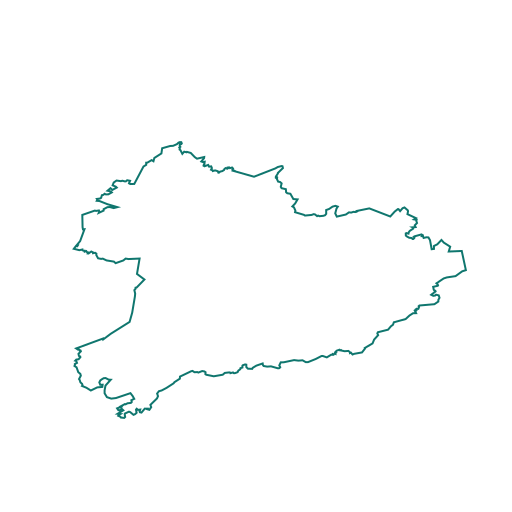 Aronas pag., Madona, Latvia (Equal Earth projection), rotated 167°
{"feature_id": "27541924B19624181266417", "entity_name": "Aronas pag.", "entity_type": "district", "adm_level": 2, "iso_a3": "LVA", "parent_name": "Latvia", "parent_adm1": "Madona", "projection": "equal_earth", "projection_center": [26.1, 56.896], "detail": "fine", "context": "isolated", "style": "outline", "palette": "teal", "viewbox_px": 512, "rotation_deg": 167, "n_neighbors": 0, "source": "geoboundaries", "source_scale": "gbopen_adm2", "svg_char_len": 6107}
<svg xmlns="http://www.w3.org/2000/svg" viewBox="0 0 512 512"><g transform="rotate(167 256 256)"><path d="M452.0,206.4L450.5,204.8L449.8,205.1L448.9,204.0L449.0,203.6L448.2,203.3L448.1,202.5L451.0,200.6L451.0,198.5L450.4,197.5L449.9,197.5L449.9,196.9L452.1,195.3L454.4,195.5L455.6,194.7L454.8,194.3L454.5,192.1L456.8,191.5L456.9,190.7L457.6,189.7L455.9,187.9L455.3,182.8L453.7,180.7L453.6,178.8L456.1,175.9L455.7,174.9L455.5,172.4L454.2,170.5L454.1,169.0L454.7,168.5L450.9,165.8L447.2,162.1L440.2,163.7L435.2,163.0L434.4,165.1L436.7,165.5L437.1,168.1L435.7,169.8L433.8,170.6L431.9,171.2L430.0,170.9L427.4,168.7L425.4,168.1L431.8,163.6L433.7,159.3L434.4,156.3L433.0,152.0L429.1,149.6L424.4,149.1L409.2,150.6L407.6,147.1L406.8,144.2L409.9,143.5L409.9,141.7L411.0,141.0L414.3,141.4L416.5,140.8L417.1,141.2L421.8,139.9L421.3,139.4L425.6,138.8L424.8,136.7L423.9,136.3L421.2,137.3L420.0,135.5L426.3,133.4L423.7,132.5L425.5,132.0L426.2,131.3L424.3,129.9L424.0,129.0L420.8,127.9L419.7,128.6L419.6,131.0L419.1,132.0L414.8,132.9L413.7,132.2L411.1,128.8L409.4,129.1L407.6,130.1L407.5,133.3L406.6,134.0L405.6,132.6L403.4,132.4L404.4,130.8L404.3,129.9L402.8,129.2L398.7,132.3L395.9,131.6L396.3,131.1L394.5,130.1L392.1,132.3L392.4,134.7L384.5,139.5L383.0,141.5L383.3,144.2L381.0,146.1L378.2,146.2L372.9,147.6L364.9,150.5L363.9,151.4L357.8,153.6L357.2,155.6L345.1,158.3L343.7,158.3L342.1,156.6L339.3,156.1L338.4,155.4L334.3,156.0L332.2,155.1L331.3,154.1L331.9,152.3L331.2,151.5L324.2,148.3L315.1,147.8L312.7,149.1L308.2,148.6L307.4,148.2L307.3,147.6L304.6,147.7L304.1,146.9L303.1,146.6L301.0,146.8L300.0,147.0L299.0,148.3L296.8,149.2L296.4,150.2L294.3,150.4L293.9,152.2L293.5,152.5L291.0,152.8L289.9,152.3L290.4,149.9L289.2,148.0L285.1,146.9L284.3,147.8L280.3,149.1L273.7,149.8L273.8,148.2L273.3,147.1L270.0,145.7L266.2,145.1L259.8,141.6L258.4,141.5L257.4,142.2L257.9,144.2L255.8,146.8L252.9,146.2L242.3,146.0L238.2,144.5L234.1,143.9L231.4,141.4L229.2,140.9L221.0,142.2L214.7,143.8L213.5,143.6L209.8,141.3L204.9,142.9L203.9,142.6L203.4,143.2L202.6,142.4L201.5,143.3L200.7,142.8L200.7,143.4L200.1,143.7L200.7,144.1L200.3,144.6L198.6,145.6L195.7,145.9L195.3,145.1L194.3,145.2L194.1,144.7L191.1,143.3L187.3,142.7L185.9,140.8L186.1,140.3L185.2,140.4L184.1,138.3L182.4,138.6L174.4,138.2L170.6,141.3L170.7,141.9L162.1,144.6L159.7,148.0L154.8,151.4L155.2,153.3L154.4,154.3L143.9,154.5L140.3,157.2L138.0,158.2L136.6,160.4L124.4,160.9L119.8,163.5L115.9,164.9L112.9,164.3L113.6,167.2L112.9,167.4L112.8,166.7L112.1,166.8L111.8,167.1L112.2,168.1L111.2,168.5L109.7,168.0L108.6,169.6L108.8,170.5L107.9,171.0L93.0,168.9L88.6,170.6L88.2,172.2L86.6,174.0L86.8,176.5L89.3,177.8L90.3,177.2L92.2,177.3L94.0,178.8L89.0,181.1L89.1,181.8L90.1,182.5L90.4,183.3L90.3,186.1L85.6,186.1L85.2,186.5L85.5,187.6L86.3,188.8L78.2,191.9L74.9,192.2L66.1,191.5L58.5,194.7L54.7,195.0L54.4,214.6L67.2,217.0L64.7,221.4L70.0,226.8L71.7,229.9L76.7,226.6L80.4,225.7L81.0,222.9L83.3,223.1L82.9,232.3L83.8,235.3L85.7,235.9L88.6,235.9L88.8,237.7L89.8,238.0L88.9,238.8L89.9,239.8L97.3,239.5L97.7,239.3L97.2,239.0L97.7,237.9L98.9,237.2L99.5,237.3L100.5,238.6L102.6,239.3L104.7,241.2L105.4,242.2L105.0,244.3L104.3,244.5L102.4,243.5L101.8,244.8L100.5,245.9L96.7,247.3L96.3,248.2L96.9,248.7L94.0,248.3L94.4,250.2L91.7,251.9L91.9,254.1L91.4,255.1L93.7,256.1L91.6,256.9L99.0,262.7L97.8,265.4L97.8,266.3L100.4,269.9L102.4,269.6L105.5,267.3L106.6,269.6L107.2,269.8L110.8,268.1L116.3,264.3L134.9,276.9L146.8,277.2L146.6,277.0L148.1,276.5L149.5,276.5L151.0,277.1L153.5,276.9L155.6,277.6L159.1,276.2L168.4,276.2L169.2,279.7L166.9,284.1L165.2,285.7L167.3,287.0L170.3,286.9L174.1,285.4L177.3,285.0L178.1,281.3L179.5,280.2L181.2,280.0L185.2,280.5L186.4,281.4L187.5,281.1L189.1,283.2L190.4,283.8L192.6,283.5L199.2,284.4L200.0,285.3L208.1,289.9L207.4,291.4L208.1,294.9L209.4,296.1L206.0,298.4L202.8,301.8L206.8,303.1L208.5,308.9L211.4,310.1L212.3,311.3L211.9,314.4L215.8,316.3L216.3,317.8L214.7,321.0L215.9,322.7L217.7,323.5L218.3,326.3L217.9,327.2L218.6,327.5L218.2,328.0L219.0,328.2L218.8,328.9L216.1,331.5L216.0,332.0L210.0,335.6L210.0,337.5L210.9,337.9L214.8,337.8L217.4,337.0L240.1,333.7L258.8,344.0L258.2,344.2L259.6,345.4L258.7,346.4L259.4,347.6L261.7,347.5L262.2,348.4L264.0,348.6L264.3,348.2L263.8,347.7L264.4,347.5L265.9,348.5L267.3,347.8L267.8,347.0L269.8,346.3L271.9,346.3L273.5,345.5L274.0,345.8L273.8,346.8L274.8,347.6L276.6,348.6L279.0,348.5L279.1,349.3L280.4,350.2L279.2,351.6L279.5,353.4L281.6,353.6L282.1,355.5L286.0,355.0L286.8,355.8L286.2,356.9L285.7,356.9L284.8,359.4L286.5,359.4L288.0,360.4L284.6,363.0L284.2,364.1L291.6,364.1L293.4,366.1L296.4,371.1L299.9,373.0L300.4,372.7L302.5,373.8L304.8,372.1L305.8,376.1L306.5,376.9L306.0,378.2L306.3,378.9L305.2,379.4L305.6,380.4L305.1,382.0L303.7,381.8L303.0,382.4L303.2,383.7L304.6,384.1L306.0,383.9L307.8,382.8L312.0,382.0L314.9,382.5L323.2,382.1L325.1,377.2L333.0,374.4L334.6,371.4L336.1,372.9L340.9,371.4L342.0,371.6L342.5,369.5L345.5,368.5L358.4,353.6L362.3,354.4L363.4,355.4L361.8,357.6L364.5,358.8L366.0,358.0L367.0,358.2L369.3,359.4L370.8,359.3L374.9,360.9L378.1,359.6L379.8,357.1L377.0,355.1L376.3,354.0L381.1,352.7L382.5,354.8L386.0,353.0L383.0,351.6L382.2,350.4L386.0,349.3L388.5,349.8L389.5,350.7L391.0,349.9L392.5,349.9L393.8,347.5L395.3,347.1L398.2,347.4L397.9,346.5L398.7,345.6L396.2,344.8L389.1,339.9L380.1,334.8L383.9,334.7L387.4,336.6L389.8,337.0L393.9,335.9L394.3,334.5L399.5,333.4L398.7,334.5L398.8,335.7L401.7,335.9L402.8,336.5L416.0,335.1L418.5,323.1L418.6,320.9L417.1,320.7L424.0,310.1L428.5,306.7L427.3,306.4L428.0,305.7L429.2,306.2L431.9,304.0L426.8,301.4L423.7,301.4L423.8,300.7L423.0,300.0L421.8,299.7L421.9,298.8L420.3,299.0L419.8,297.7L418.6,297.2L419.3,296.3L418.7,296.1L415.5,297.4L413.9,296.1L414.1,295.4L412.0,295.3L411.0,294.2L411.4,292.8L410.4,289.3L407.5,288.0L405.9,287.9L402.6,285.3L395.7,282.5L394.4,280.6L386.3,281.5L383.6,282.8L380.9,281.7L370.0,279.7L376.0,265.3L370.0,258.2L379.3,252.2L380.5,252.2L380.8,251.1L382.2,250.1L382.2,246.5L383.1,243.8L389.4,228.6L394.0,220.2L415.0,212.9L423.6,209.1L423.5,210.0L452.0,206.4Z" fill="none" stroke="#0f766e" stroke-width="2"/></g></svg>